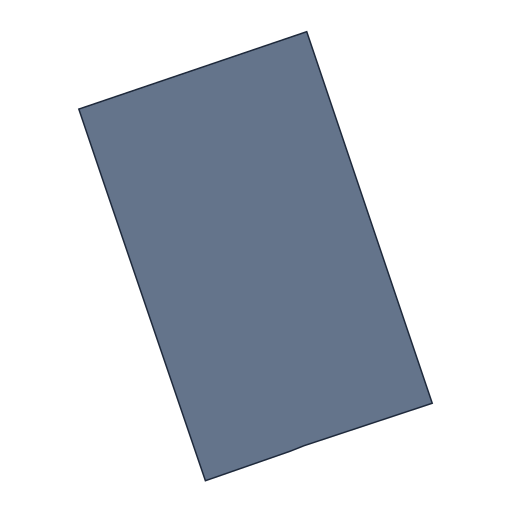 the district of McPherson, Nebraska, United States of America, rotated 71°
{"feature_id": "52423323B32100052326403", "entity_name": "McPherson", "entity_type": "district", "adm_level": 2, "iso_a3": "USA", "parent_name": "United States of America", "parent_adm1": "Nebraska", "projection": "robinson", "projection_center": [-100.944, 41.568], "detail": "fine", "context": "isolated", "style": "filled", "palette": "slate", "viewbox_px": 512, "rotation_deg": 71, "n_neighbors": 0, "source": "geoboundaries", "source_scale": "gbopen_adm2", "svg_char_len": 276}
<svg xmlns="http://www.w3.org/2000/svg" viewBox="0 0 512 512"><g transform="rotate(71 256 256)"><path d="M452.0,377.0L451.7,287.0L451.0,272.3L452.6,137.3L378.8,136.9L60.4,135.0L59.4,375.7L137.2,376.1L452.0,377.0Z" fill="#64748b" stroke="#1e293b" stroke-width="1.5"/></g></svg>